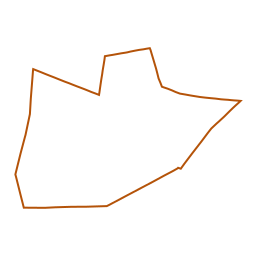 the district of Peregu Mare, Arad, Romania
{"feature_id": "2599482B68506151114116", "entity_name": "Peregu Mare", "entity_type": "district", "adm_level": 2, "iso_a3": "ROU", "parent_name": "Romania", "parent_adm1": "Arad", "projection": "equal_earth", "projection_center": [20.934, 46.249], "detail": "fine", "context": "isolated", "style": "outline", "palette": "amber", "viewbox_px": 256, "rotation_deg": 0, "n_neighbors": 0, "source": "geoboundaries", "source_scale": "gbopen_adm2", "svg_char_len": 1501}
<svg xmlns="http://www.w3.org/2000/svg" viewBox="0 0 256 256"><path d="M106.8,206.1L108.0,205.5L109.4,204.8L112.0,203.4L124.8,196.6L141.8,187.6L153.0,181.7L164.0,175.7L170.7,172.2L173.5,170.7L177.7,168.3L178.1,167.8L180.8,168.7L184.3,163.8L187.7,159.3L192.1,153.5L201.7,141.1L208.0,132.7L211.3,128.5L216.5,123.6L219.0,121.4L220.7,119.8L222.9,117.8L224.5,116.3L229.6,111.2L233.0,107.9L235.7,105.4L239.6,101.9L240.6,100.9L237.5,100.6L234.2,100.4L230.8,100.1L228.0,99.8L224.9,99.6L221.0,99.3L215.6,98.6L211.1,98.2L205.1,97.6L200.0,97.0L195.0,96.2L190.7,95.5L185.2,94.5L179.9,93.6L175.6,92.0L171.8,90.3L167.7,88.7L166.8,88.4L163.8,87.4L161.9,86.7L161.2,84.8L160.3,82.5L158.6,78.5L157.3,73.3L156.1,68.7L154.7,64.0L154.2,62.3L153.1,58.6L151.5,53.3L150.6,50.2L149.8,48.2L146.6,48.7L143.5,49.3L139.1,49.9L134.8,50.7L130.3,51.6L127.5,52.3L125.9,52.6L121.3,53.3L116.9,54.1L112.5,54.9L109.9,55.3L104.9,56.2L104.4,60.1L103.6,65.0L102.7,70.3L102.2,74.0L101.3,79.4L100.6,84.1L100.0,88.3L99.4,92.6L99.0,94.9L97.8,94.4L95.2,93.4L91.1,91.9L89.0,91.0L85.0,89.4L81.1,87.9L77.1,86.4L73.0,84.8L69.0,83.2L64.9,81.7L58.6,79.2L54.4,77.5L50.0,75.8L45.7,74.1L40.8,72.1L38.0,71.0L33.2,69.1L33.0,70.6L32.8,73.1L32.5,77.1L30.8,98.7L29.9,114.1L25.5,135.0L24.9,137.1L20.6,153.3L15.4,174.3L15.4,174.5L15.5,174.9L15.6,175.4L15.7,175.6L16.4,178.3L20.4,194.3L23.0,204.5L23.6,206.9L23.8,207.7L26.5,207.7L27.5,207.7L41.8,207.8L45.3,207.8L55.1,207.3L71.4,206.8L87.0,206.7L106.8,206.1Z" fill="none" stroke="#b45309" stroke-width="2"/></svg>